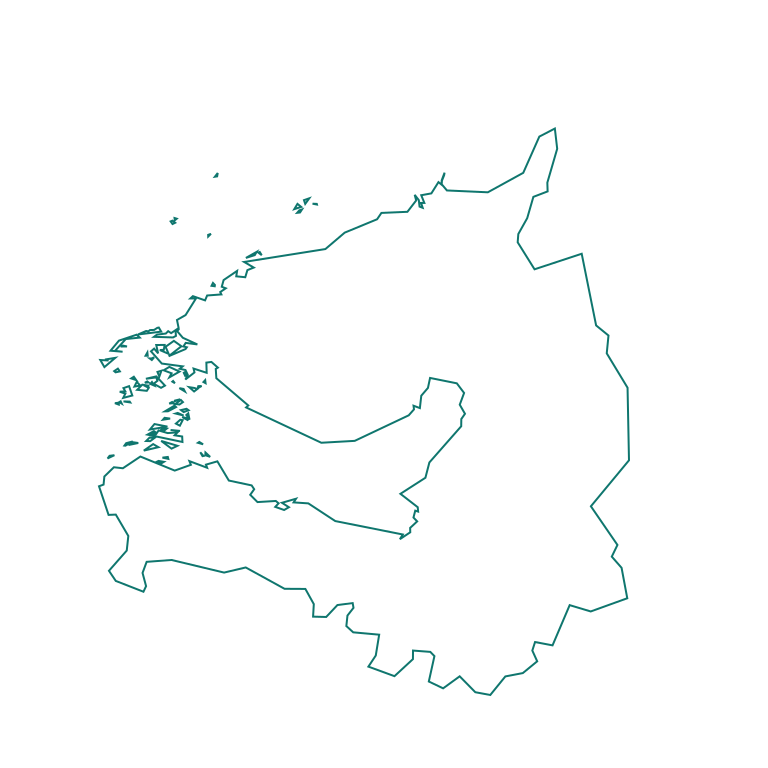 Dalabyggð, Vesturland, Iceland (Albers equal-area conic projection), rotated 12°
{"feature_id": "244011B70126368142347", "entity_name": "Dalabyggð", "entity_type": "district", "adm_level": 2, "iso_a3": "ISL", "parent_name": "Iceland", "parent_adm1": "Vesturland", "projection": "albers", "projection_center": [-22.364, 65.186], "detail": "fine", "context": "isolated", "style": "outline", "palette": "teal", "viewbox_px": 768, "rotation_deg": 12, "n_neighbors": 0, "source": "geoboundaries", "source_scale": "gbopen_adm2", "svg_char_len": 6225}
<svg xmlns="http://www.w3.org/2000/svg" viewBox="0 0 768 768"><g transform="rotate(12 384 384)"><path d="M666.5,543.0L654.6,514.4L642.7,505.5L645.8,492.9L611.8,460.6L639.5,407.7L623.0,337.0L595.5,307.7L593.5,289.9L579.3,282.6L550.3,215.5L507.4,240.5L485.3,217.6L484.2,209.4L489.6,192.0L491.2,169.9L504.0,161.6L501.9,153.1L504.5,117.9L498.0,98.6L484.5,109.7L476.3,148.5L445.7,174.9L405.3,181.6L398.9,176.6L398.4,173.1L399.4,167.3L399.3,164.7L398.1,172.8L398.8,177.0L395.3,175.2L390.7,187.7L381.2,191.6L385.8,198.5L382.6,199.2L385.2,203.6L381.9,203.1L379.8,196.9L374.7,192.6L377.3,197.8L371.1,210.7L345.9,217.2L343.0,224.3L314.1,244.1L298.6,264.2L221.8,293.7L232.4,297.2L226.7,301.0L226.1,308.4L217.1,309.4L216.8,303.9L205.5,315.7L205.1,322.6L209.3,323.3L204.7,328.1L206.3,330.2L192.6,334.2L191.6,339.4L178.8,337.8L176.8,340.6L182.3,339.4L175.6,357.8L168.2,364.4L171.5,372.0L165.2,378.5L161.9,377.2L160.1,380.0L151.7,382.9L149.2,385.7L168.0,382.3L170.5,380.2L168.9,375.0L172.1,372.5L170.7,375.3L177.6,380.6L193.2,384.1L181.5,385.0L180.0,389.0L183.5,389.1L182.6,391.1L167.6,401.6L178.0,389.2L169.5,385.5L162.6,393.0L167.1,399.3L157.7,397.4L161.5,396.3L161.3,391.4L153.1,393.2L156.7,401.0L151.8,397.2L149.3,400.5L162.4,410.2L183.4,408.6L181.0,411.6L186.9,411.6L190.2,415.9L188.8,420.9L196.2,412.1L194.5,408.5L208.2,409.9L205.8,400.0L210.6,398.3L218.1,402.5L216.3,404.2L218.8,413.2L255.7,433.2L254.0,435.6L334.9,454.5L367.2,445.7L414.7,409.5L418.6,402.6L417.4,399.1L424.1,400.1L422.9,387.7L427.8,378.7L427.8,368.5L455.1,368.2L464.2,376.1L462.4,388.5L469.4,396.3L466.9,402.2L468.3,409.3L444.7,451.3L444.0,467.1L422.9,488.0L442.6,497.5L443.9,501.7L440.9,501.4L440.6,508.5L445.0,511.5L439.5,519.3L440.5,523.6L431.8,532.5L433.7,527.3L364.8,528.2L334.8,516.5L320.2,518.6L321.8,514.5L308.9,521.4L316.6,524.3L312.5,528.0L303.2,526.8L305.7,522.6L302.5,520.9L284.8,525.8L276.2,520.2L278.9,513.9L275.6,510.7L252.3,510.7L237.1,494.3L226.6,499.9L228.4,502.7L209.7,499.9L211.9,503.2L197.3,512.2L160.8,505.6L146.1,520.7L137.1,521.6L129.7,532.6L130.6,540.7L126.5,543.3L141.8,569.3L148.8,567.5L165.5,585.8L167.0,600.4L153.8,623.9L162.6,632.4L191.9,637.2L193.3,631.2L187.1,619.0L188.8,607.3L212.8,600.3L266.8,601.7L286.9,592.2L329.3,605.0L349.7,600.8L361.1,613.9L363.0,626.3L375.9,623.9L384.4,609.9L398.9,604.8L400.7,609.3L396.4,618.1L397.5,628.6L405.5,633.3L431.4,630.2L432.4,651.3L427.5,663.7L455.0,667.6L469.5,647.1L467.8,638.7L485.0,636.4L489.9,639.7L489.7,665.7L505.1,669.4L518.8,654.2L537.4,666.5L552.6,666.1L563.5,644.8L579.9,637.9L591.5,623.4L584.5,613.9L585.4,605.0L603.2,604.6L611.6,561.7L633.5,563.5L666.5,543.0ZM192.1,474.2L182.6,477.0L173.2,476.3L171.4,480.6L167.5,481.4L170.6,478.7L168.7,477.9L163.2,482.7L198.9,482.6L197.5,477.3L189.9,477.7L192.1,474.2ZM131.8,387.2L115.7,396.7L109.6,408.3L121.6,406.8L114.0,407.5L122.1,393.7L135.4,389.4L131.8,387.2ZM135.1,439.1L130.0,442.2L132.5,445.0L127.1,446.5L133.0,447.2L131.8,451.8L140.2,447.6L135.1,439.1ZM155.2,379.1L152.0,375.6L150.6,376.2L147.9,378.9L143.9,379.9L142.6,381.5L140.3,381.6L133.1,386.7L155.2,379.1ZM159.7,423.9L150.0,428.4L159.9,424.9L161.7,428.0L158.6,431.6L166.7,434.1L170.1,431.1L159.7,423.9ZM181.4,414.4L170.5,411.9L165.6,416.4L174.0,417.7L172.7,422.1L181.4,414.4ZM181.0,470.7L167.8,470.9L164.5,477.2L181.0,470.7ZM115.7,414.3L106.0,418.1L109.7,418.3L101.5,419.5L107.0,425.6L115.7,414.3ZM194.8,487.4L177.9,486.0L189.6,491.4L194.8,487.4ZM176.5,492.7L170.7,490.8L162.9,499.1L176.5,492.7ZM154.8,434.6L147.7,434.9L143.8,441.0L153.4,440.0L154.7,436.7L151.8,435.9L154.8,434.6ZM222.7,289.4L230.8,284.8L232.0,281.2L222.7,289.4ZM194.3,472.3L187.9,473.0L184.8,473.4L194.3,472.3ZM202.4,427.8L199.5,427.3L194.1,427.6L199.8,430.8L202.4,427.8ZM194.6,461.2L192.2,461.3L188.7,466.0L193.0,467.2L194.6,461.2ZM194.6,456.5L188.2,455.2L186.4,456.2L194.6,456.5ZM185.4,449.8L183.6,448.7L175.4,456.3L178.4,455.6L185.4,449.8ZM155.9,492.8L149.8,493.2L146.8,496.8L155.9,492.8ZM170.8,484.4L165.8,485.2L163.2,489.2L167.2,488.5L170.8,484.4ZM191.1,443.5L188.7,441.9L184.0,446.9L188.2,446.6L191.1,443.5ZM187.7,500.3L182.6,502.1L188.6,502.1L187.7,500.3ZM146.0,436.2L141.7,433.4L140.4,438.4L146.0,436.2ZM269.5,224.2L272.3,217.9L267.5,220.8L269.5,224.2ZM198.3,450.3L196.0,449.3L190.9,451.7L193.9,453.1L198.3,450.3ZM162.7,423.5L163.5,417.3L159.9,419.3L162.7,423.5ZM138.9,454.1L132.8,455.2L139.6,454.8L138.9,454.1ZM201.2,459.3L198.6,453.4L197.1,455.4L201.2,459.3ZM266.2,228.0L261.9,225.8L259.9,231.6L266.2,228.0ZM123.0,426.6L120.5,424.3L117.4,427.5L119.0,428.4L123.0,426.6ZM140.8,431.7L137.8,428.9L135.6,431.1L140.8,431.7ZM184.9,505.9L179.5,506.1L177.4,507.7L182.5,508.1L184.9,505.9ZM198.1,323.6L198.0,322.3L195.7,320.7L194.9,323.8L198.1,323.6ZM180.5,473.1L176.3,474.1L175.3,475.4L177.9,476.2L180.5,473.1ZM197.9,458.4L193.5,458.3L200.1,460.3L197.9,458.4ZM146.2,269.7L143.1,268.2L141.5,269.3L143.9,271.5L146.2,269.7ZM187.9,441.3L182.9,443.7L182.7,444.5L187.9,441.3ZM229.1,491.4L223.6,488.1L224.0,490.8L229.1,491.4ZM182.0,462.3L176.4,462.7L175.2,464.9L182.0,462.3ZM189.0,430.5L184.7,430.6L190.8,432.7L189.0,430.5ZM124.8,400.7L120.6,400.7L118.6,402.1L124.8,400.7ZM189.4,415.9L186.2,413.2L187.7,416.0L185.3,414.0L187.8,417.3L189.4,415.9ZM182.1,446.5L180.5,445.6L178.0,447.8L182.1,446.5ZM150.2,492.4L144.1,495.5L142.9,498.2L143.9,498.1L150.2,492.4ZM159.5,433.3L156.6,430.3L155.4,432.5L159.5,433.3ZM280.8,221.8L276.6,222.5L281.1,222.4L280.8,221.8ZM222.4,491.9L218.5,489.0L221.5,492.3L222.4,491.9ZM209.3,420.3L208.3,417.4L207.0,419.6L209.3,420.3ZM128.5,457.4L124.8,458.7L128.9,459.3L128.5,457.4ZM181.4,276.3L183.5,273.1L181.0,274.7L181.4,276.3ZM153.6,405.7L151.2,407.4L149.5,407.7L151.9,408.8L153.6,405.7ZM153.3,431.4L151.9,430.7L149.8,432.5L153.3,431.4ZM147.0,405.5L146.0,402.4L144.9,405.9L147.0,405.5ZM131.5,457.7L130.0,455.7L128.8,456.8L131.5,457.7ZM177.6,215.6L177.5,212.2L175.5,216.4L177.6,215.6ZM129.1,514.3L135.1,509.7L130.5,511.3L129.1,514.3ZM219.6,480.6L215.4,479.1L214.3,480.2L219.6,480.6ZM206.0,423.9L202.8,424.7L202.6,426.9L206.0,423.9ZM179.3,426.7L177.1,424.9L176.5,425.7L179.3,426.7ZM145.3,267.4L146.9,265.4L144.6,265.2L145.3,267.4ZM267.5,230.3L265.1,231.7L263.5,234.6L266.2,233.7L267.5,230.3ZM237.6,283.4L235.0,280.7L233.8,281.6L237.6,283.4Z" fill="none" stroke="#0f766e" stroke-width="2"/></g></svg>